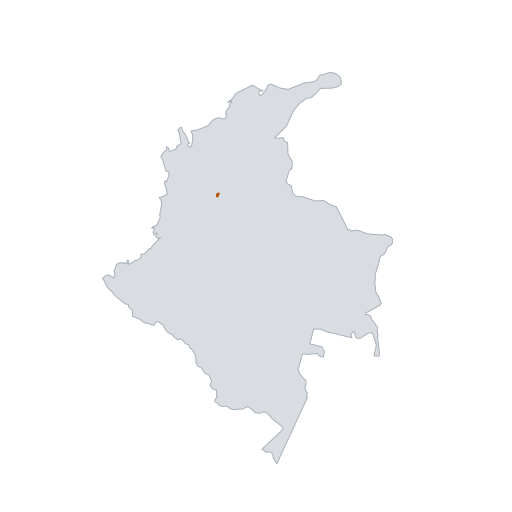 location of Guatapé, Antioquia, Colombia, rotated 14°
{"feature_id": "7082276B10877531566234", "entity_name": "Guatapé", "entity_type": "district", "adm_level": 2, "iso_a3": "COL", "parent_name": "Colombia", "parent_adm1": "Antioquia", "projection": "orthographic", "projection_center": [-75.163, 6.253], "detail": "fine", "context": "in_parent", "style": "filled", "palette": "amber", "viewbox_px": 512, "rotation_deg": 14, "n_neighbors": 0, "source": "geoboundaries", "source_scale": "gbopen_adm2", "svg_char_len": 4580}
<svg xmlns="http://www.w3.org/2000/svg" viewBox="0 0 512 512"><g transform="rotate(14 256 256)"><path d="M292.9,73.0L288.0,75.1L278.2,77.7L271.6,88.8L267.0,90.8L261.4,97.4L257.3,105.6L254.2,122.2L245.9,136.3L246.6,136.9L250.0,136.2L253.1,134.7L254.3,135.1L255.4,137.6L259.2,138.2L262.4,149.6L268.2,155.4L268.9,157.6L269.7,162.3L267.6,165.2L267.1,175.7L268.9,178.3L273.3,179.3L276.2,185.8L278.1,187.3L280.8,188.3L287.1,187.2L298.7,188.2L301.4,188.0L307.8,185.7L316.1,188.4L322.1,188.8L338.8,208.3L340.4,207.7L342.5,208.8L346.7,206.8L350.2,206.4L354.9,207.3L361.1,207.2L373.6,205.1L375.4,203.9L382.2,204.9L384.2,206.4L385.3,210.0L384.5,212.3L382.2,214.6L380.9,217.6L380.7,221.1L379.5,223.8L377.3,225.5L376.5,228.0L377.0,231.3L376.0,246.1L377.0,247.3L377.8,253.4L380.7,261.3L382.1,263.5L384.5,265.3L389.0,271.8L388.0,274.0L376.8,284.3L376.2,286.7L378.4,285.7L381.9,286.6L383.1,289.0L391.5,296.0L391.4,298.7L393.8,304.0L393.4,305.2L399.3,320.2L399.5,323.4L394.6,324.4L394.4,314.2L393.7,312.2L388.2,303.2L387.1,302.5L383.4,303.6L377.4,310.3L374.5,311.4L372.3,310.5L370.0,306.5L368.5,305.8L367.0,309.2L368.9,312.1L342.0,312.4L336.7,311.3L329.6,312.8L329.5,328.2L342.2,328.2L345.7,332.6L345.4,336.2L346.0,337.4L342.9,338.2L338.5,335.8L330.6,338.8L324.8,339.6L324.4,356.5L327.9,360.6L334.7,365.1L335.6,368.1L335.2,371.0L336.8,374.6L339.0,376.5L339.0,378.7L340.1,381.1L326.5,452.4L321.8,448.1L320.1,444.2L317.8,442.7L313.3,443.9L308.5,442.0L324.1,417.7L323.6,415.6L310.6,409.8L309.3,408.3L303.1,405.2L299.7,406.1L297.7,407.7L293.0,408.3L289.1,405.7L284.6,404.1L279.1,408.2L277.5,408.2L273.6,410.0L269.4,410.6L263.9,408.9L259.6,410.1L256.5,409.9L255.3,408.6L251.4,407.2L251.0,405.6L252.1,402.6L250.4,396.7L249.8,395.7L246.8,395.6L243.4,393.5L242.7,392.2L243.4,389.8L242.8,387.8L239.4,383.1L234.7,381.9L230.2,377.9L225.6,376.6L223.5,373.8L221.6,367.4L216.9,362.5L213.6,360.8L212.5,358.5L209.1,358.2L204.5,355.0L202.5,354.8L201.0,356.3L196.8,354.7L193.2,352.3L189.4,351.7L186.9,350.2L182.5,345.6L177.7,343.4L174.9,344.2L174.0,347.6L172.4,348.2L166.8,347.3L165.9,348.0L164.5,347.9L157.7,345.3L151.0,344.4L149.3,338.7L145.1,336.6L143.8,333.9L140.8,334.2L129.4,328.9L124.7,325.3L120.6,323.2L116.4,319.2L115.8,317.5L112.5,315.2L114.1,312.1L118.0,309.9L123.1,311.7L123.8,308.2L121.9,305.0L122.8,297.9L124.2,296.3L127.0,294.9L128.7,295.5L129.8,294.3L134.0,294.9L135.2,294.4L138.4,291.6L139.8,289.3L141.2,289.5L144.6,285.7L144.1,281.9L147.3,281.0L150.6,274.8L152.1,274.6L152.8,271.6L158.7,261.3L156.6,262.5L154.3,261.7L154.7,258.2L154.0,257.8L152.1,260.5L150.4,257.8L150.9,253.3L148.2,254.2L148.4,253.1L152.2,249.8L153.8,242.1L152.6,239.4L151.8,227.9L151.1,225.7L148.0,222.8L153.0,219.5L154.8,217.1L152.5,212.0L149.6,207.7L149.5,205.1L151.3,205.3L152.0,198.2L150.4,195.5L148.3,195.4L141.9,184.9L139.6,182.7L141.3,177.6L143.3,175.4L142.9,171.6L144.2,171.8L147.0,175.3L148.2,174.7L152.6,171.4L152.7,168.4L156.2,165.2L151.3,154.4L149.7,152.7L151.7,149.2L152.8,149.4L154.8,152.8L157.8,155.0L162.4,161.0L164.3,162.4L162.9,163.7L162.6,165.2L163.3,166.0L165.8,166.2L166.9,164.5L166.2,157.2L165.1,153.5L162.8,150.9L163.5,149.9L168.2,148.1L177.9,141.2L181.2,134.6L183.7,132.3L186.6,130.7L190.1,131.1L192.8,130.3L193.6,128.2L191.8,123.7L193.9,117.4L193.8,114.3L195.2,112.4L194.7,111.7L191.2,113.9L194.8,109.5L197.3,102.8L211.3,91.1L220.4,93.9L223.3,93.7L219.5,95.2L219.0,96.9L220.3,98.7L221.6,99.2L222.8,98.0L225.8,91.2L226.3,87.4L227.6,86.1L229.5,85.6L238.4,87.2L246.9,86.6L260.5,76.7L270.8,72.5L273.3,68.5L274.0,65.4L275.8,64.2L277.8,64.2L278.9,62.6L283.6,59.9L288.7,59.6L294.1,61.8L296.6,65.9L297.1,68.6L292.9,73.0ZM134.1,293.6L133.5,294.1L132.3,293.2L131.8,292.0L132.6,291.1L133.6,291.4L134.1,293.6Z" fill="#d9dde1" stroke="#a8b0b8" stroke-width="1"/><path d="M205.0,204.8L205.0,204.7L204.9,204.6L204.8,204.4L204.7,204.4L204.7,204.2L204.4,204.2L204.3,204.3L204.3,204.5L204.2,204.6L204.1,204.8L204.0,205.0L203.9,205.0L203.8,204.9L203.7,204.9L203.7,205.0L203.4,205.2L203.4,205.3L203.2,205.4L203.2,205.5L203.3,205.6L203.2,205.7L203.2,205.8L203.3,205.8L203.2,205.8L203.2,206.0L203.3,206.0L203.2,206.2L203.1,206.3L203.2,206.5L203.3,206.6L203.3,206.8L203.4,207.0L203.4,207.3L203.5,207.3L203.5,207.5L203.8,207.7L203.8,207.8L204.0,207.9L204.2,207.7L204.3,207.7L204.4,207.4L204.5,207.3L204.5,207.2L204.7,206.9L204.7,206.7L204.9,206.5L204.9,206.4L205.0,206.4L204.9,206.4L204.8,206.2L204.7,206.2L204.4,206.0L204.4,205.9L204.4,205.7L204.3,205.4L204.3,205.2L204.5,205.1L204.5,204.9L204.4,204.9L204.5,204.8L204.8,205.0L205.0,205.0L205.0,204.9L205.0,204.8Z" fill="#f59e0b" stroke="#b45309" stroke-width="1.5"/></g></svg>